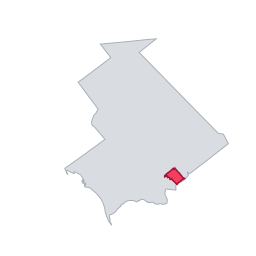 Tintane, Hodh el Gharbi, Mauritania shown in context, rotated 323°
{"feature_id": "47542326B49589683558539", "entity_name": "Tintane", "entity_type": "district", "adm_level": 2, "iso_a3": "MRT", "parent_name": "Mauritania", "parent_adm1": "Hodh el Gharbi", "projection": "albers", "projection_center": [-10.457, 15.991], "detail": "medium", "context": "in_parent", "style": "filled", "palette": "rose", "viewbox_px": 256, "rotation_deg": 323, "n_neighbors": 0, "source": "geoboundaries", "source_scale": "gbopen_adm2", "svg_char_len": 4702}
<svg xmlns="http://www.w3.org/2000/svg" viewBox="0 0 256 256"><g transform="rotate(323 128 128)"><path d="M111.2,210.7L110.9,210.6L109.5,209.6L108.9,208.5L107.8,207.6L106.3,207.0L105.4,206.3L104.9,205.6L104.4,205.1L103.8,204.8L103.7,204.6L103.9,204.2L103.7,203.5L102.9,202.0L102.1,201.3L101.4,201.4L101.0,201.2L100.7,200.9L100.6,200.4L100.2,199.9L99.3,199.8L98.7,198.6L98.2,196.6L97.6,194.9L96.8,193.8L96.2,193.4L95.8,193.3L95.7,193.1L95.6,192.8L94.9,192.6L94.1,193.0L93.3,192.8L92.9,192.3L92.3,192.2L91.7,192.7L90.9,192.5L90.1,191.8L89.6,191.0L89.6,190.3L88.2,188.8L85.4,186.6L82.5,185.5L79.2,185.6L77.4,185.5L77.0,185.1L76.6,185.1L76.2,185.5L75.8,185.6L75.3,185.4L75.0,185.5L74.9,186.1L73.7,186.3L71.6,186.3L69.8,186.6L68.5,187.2L66.5,187.5L64.1,187.3L62.6,187.0L62.1,186.6L61.4,186.5L60.5,186.7L59.7,187.7L58.9,189.7L58.3,190.7L57.8,191.0L57.2,192.4L56.9,194.8L56.4,195.9L56.6,189.9L57.4,187.6L57.7,185.7L59.3,181.4L61.2,177.8L62.9,173.1L63.7,168.6L63.6,164.1L63.2,160.1L62.5,157.4L61.8,153.6L60.6,151.5L58.5,149.7L58.1,148.7L58.6,148.3L59.9,148.1L60.8,146.7L59.0,147.2L61.2,143.1L61.9,140.2L61.8,138.3L62.2,137.2L60.8,134.6L59.6,131.4L59.0,130.9L58.4,130.6L58.3,131.4L58.0,132.0L57.2,131.6L55.9,129.3L54.2,125.5L53.6,125.1L53.0,125.6L52.7,126.1L51.9,129.2L51.8,127.9L52.1,126.5L52.6,124.7L53.2,122.2L54.8,122.2L57.7,122.3L63.4,122.5L66.3,122.6L72.1,122.7L74.9,122.8L80.7,122.9L83.6,122.9L89.3,123.0L92.2,123.1L98.0,123.2L100.8,123.2L102.7,123.2L102.6,121.4L102.6,120.0L102.5,118.1L102.4,116.3L102.3,114.4L102.2,112.6L102.1,110.8L102.0,109.2L102.0,107.7L101.8,106.8L101.2,105.1L101.1,104.3L101.3,103.4L101.7,102.5L102.8,101.0L104.5,99.8L106.5,98.5L108.0,97.5L108.7,97.2L111.1,96.9L112.9,96.1L114.7,95.3L115.4,94.9L115.5,93.5L115.7,61.4L124.4,61.5L126.7,61.5L142.7,61.5L145.0,61.5L156.6,61.4L156.6,59.9L156.6,57.7L156.5,54.8L156.5,51.8L156.5,46.6L156.4,44.4L158.7,45.8L163.4,48.7L165.7,50.1L170.3,53.0L174.9,55.8L179.6,58.7L181.9,60.1L184.2,61.5L186.6,62.9L188.9,64.3L193.6,67.1L195.5,68.3L198.6,70.2L201.4,72.0L204.2,73.8L199.9,73.9L194.2,74.0L190.2,74.1L186.2,74.2L182.4,74.3L182.8,77.3L183.2,80.6L183.6,83.9L184.0,87.2L184.5,90.5L185.7,100.4L186.1,103.7L186.6,107.0L187.0,110.3L187.4,113.6L188.3,120.2L188.7,123.5L189.1,126.8L189.5,130.1L190.0,133.4L190.4,136.8L191.2,143.4L191.7,146.7L192.1,150.0L192.5,153.4L193.0,156.7L193.4,160.0L193.9,163.3L194.3,166.7L195.2,173.3L195.6,176.6L196.0,180.0L196.5,183.3L196.9,186.5L198.5,188.2L200.5,190.3L200.0,193.3L199.4,196.9L198.8,200.8L193.4,201.0L188.1,201.1L174.9,201.3L172.3,201.4L159.1,201.5L156.5,201.5L151.4,201.6L149.9,201.5L149.3,201.2L149.1,199.1L148.7,199.3L148.2,199.9L147.9,200.5L148.0,201.4L147.9,202.1L146.2,202.4L143.9,202.9L141.5,203.2L139.1,203.1L138.3,203.0L137.4,202.7L135.4,202.4L134.4,202.4L133.2,202.4L131.8,202.6L131.3,203.0L130.2,204.5L129.2,206.2L128.5,206.2L127.7,205.3L125.6,203.4L123.1,201.0L122.0,199.8L121.3,199.7L120.1,200.5L119.1,201.4L118.0,202.5L117.5,203.6L117.1,204.9L116.9,206.5L116.5,208.3L115.6,209.7L114.6,210.8L113.8,211.3L113.5,211.6L111.2,210.7ZM60.0,144.1L59.1,145.4L58.8,144.9L58.7,144.0L59.4,142.8L59.8,142.2L60.4,142.0L60.0,144.1Z" fill="#d9dde1" stroke="#a8b0b8" stroke-width="1"/><path d="M139.8,188.9L139.8,187.4L139.4,187.5L137.4,187.7L136.9,187.8L136.0,187.8L135.3,187.9L133.5,187.8L130.9,187.8L131.0,187.7L130.5,188.1L130.4,188.0L130.1,188.2L129.9,188.2L129.6,188.1L129.3,188.2L129.1,188.1L128.9,188.1L128.7,188.2L128.5,188.4L128.4,188.6L128.2,188.6L128.1,188.8L128.5,188.7L129.0,188.4L129.0,188.5L129.2,188.4L129.5,188.4L129.6,188.8L129.8,189.1L129.6,189.1L129.3,189.1L129.2,189.2L129.5,189.2L129.7,189.4L129.8,189.1L130.0,189.0L130.3,189.3L129.9,189.5L130.2,189.4L130.3,189.6L130.3,189.8L130.2,189.9L130.1,190.1L130.1,190.3L130.0,190.5L129.8,190.4L129.8,190.5L129.7,190.4L129.9,190.6L129.7,190.7L129.9,190.7L130.0,190.7L130.1,191.0L129.9,191.4L130.3,191.5L130.7,191.7L130.8,191.9L130.9,192.1L131.2,192.4L131.2,192.7L131.2,193.0L131.0,193.5L130.8,193.7L130.8,193.8L130.8,194.0L130.7,194.4L130.8,194.5L131.0,194.6L131.4,194.8L132.1,194.9L131.9,195.1L131.8,195.3L132.1,195.5L132.3,197.1L132.4,197.5L132.7,199.1L133.0,201.8L133.1,202.5L133.6,202.5L133.9,202.5L134.3,202.3L134.4,202.0L137.8,202.1L140.3,201.9L142.8,202.4L142.4,201.3L142.3,201.1L142.0,200.8L142.0,200.6L141.9,200.4L141.9,200.1L141.9,199.9L142.0,199.7L141.9,199.4L142.0,199.0L142.0,198.8L141.9,197.9L142.0,197.4L141.9,197.2L141.7,196.9L141.8,196.7L141.9,196.2L141.9,195.9L141.9,195.7L141.9,195.4L141.9,195.1L141.9,194.8L141.8,194.2L141.6,193.6L141.5,193.2L141.4,192.9L141.5,192.5L141.5,192.0L141.4,191.3L141.4,190.6L141.4,189.7L141.2,189.0L141.1,188.6L141.2,188.3L139.8,188.9Z" fill="#f43f5e" stroke="#9f1239" stroke-width="1.5"/></g></svg>